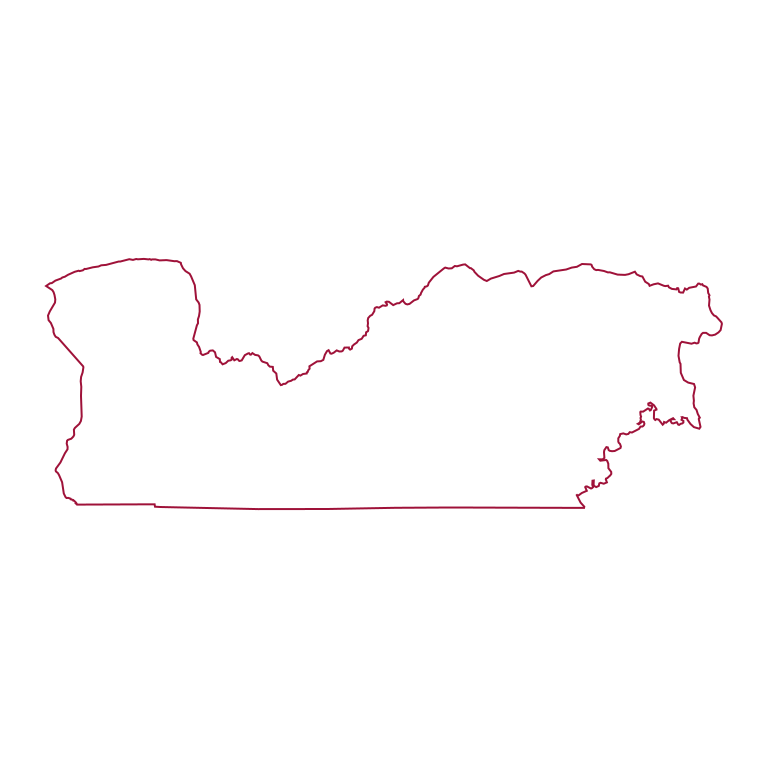 Kolda, Kolda, Senegal
{"feature_id": "50182788B77977720497228", "entity_name": "Kolda", "entity_type": "district", "adm_level": 2, "iso_a3": "SEN", "parent_name": "Senegal", "parent_adm1": "Kolda", "projection": "mercator", "projection_center": [-14.609, 12.87], "detail": "fine", "context": "isolated", "style": "outline", "palette": "rose", "viewbox_px": 768, "rotation_deg": 0, "n_neighbors": 0, "source": "geoboundaries", "source_scale": "gbopen_adm2", "svg_char_len": 6055}
<svg xmlns="http://www.w3.org/2000/svg" viewBox="0 0 768 768"><path d="M77.0,504.6L154.6,504.3L155.0,506.7L160.2,507.0L258.2,509.1L327.7,509.0L395.9,507.8L450.8,507.5L584.0,507.9L584.3,506.7L580.6,502.6L576.4,494.4L577.5,495.4L578.7,495.3L581.8,493.0L586.8,490.8L585.2,487.1L585.6,486.6L586.9,486.4L591.0,488.5L591.9,488.2L593.0,487.2L592.3,484.8L592.5,480.7L593.8,480.5L593.6,484.5L594.1,485.9L596.2,487.1L598.8,485.9L599.3,483.4L600.5,482.8L603.8,483.7L606.9,482.4L605.8,479.4L606.0,478.6L607.3,478.1L610.3,475.3L611.3,473.9L611.2,471.9L608.4,468.2L608.3,463.7L607.2,460.9L606.2,460.0L600.3,460.7L599.1,459.3L602.6,459.4L604.4,457.9L604.0,452.1L604.3,450.2L606.4,447.1L607.8,447.4L608.7,450.1L609.7,450.8L612.0,451.2L614.7,451.0L620.5,448.0L620.9,446.5L620.5,445.3L619.9,443.8L618.7,442.7L618.3,441.6L618.3,438.3L619.8,436.0L620.2,434.1L623.3,433.4L626.2,434.4L628.4,433.9L629.7,432.2L632.0,432.5L639.0,428.9L640.5,426.6L642.5,426.5L643.3,425.9L644.1,424.9L644.4,423.6L643.8,421.9L642.3,421.5L638.8,424.3L637.9,423.8L639.9,422.6L640.9,419.7L640.5,418.0L641.1,416.7L640.5,415.0L640.3,412.1L640.6,411.6L643.2,411.6L647.9,408.5L648.8,408.8L649.9,410.5L650.7,410.2L652.2,407.0L651.8,405.9L649.2,405.5L648.3,404.8L648.3,403.5L650.4,402.6L654.0,405.3L656.4,408.9L656.5,409.6L654.1,410.6L653.9,418.1L654.5,419.3L655.3,420.0L656.5,419.1L658.7,419.6L662.7,424.7L663.8,423.6L664.1,422.0L666.1,422.7L669.3,420.1L673.1,418.2L674.0,419.2L672.3,419.2L670.1,420.2L671.5,422.7L672.0,423.2L673.4,423.4L676.8,422.2L678.2,424.6L679.1,424.9L680.7,423.8L682.4,423.4L683.4,422.5L683.4,420.9L681.5,419.8L682.3,417.8L681.9,417.2L682.5,417.1L684.2,417.9L687.0,418.2L687.4,419.7L690.5,424.0L693.9,427.1L699.3,428.7L700.5,426.9L698.8,419.2L698.9,418.4L699.8,417.7L697.8,414.0L696.5,409.9L694.3,407.3L693.6,403.3L693.9,400.7L693.4,395.7L695.1,387.4L694.5,385.5L694.0,384.0L688.2,382.6L683.9,380.0L680.8,372.8L680.5,363.8L679.7,362.4L678.5,355.8L679.1,348.9L680.2,343.5L681.9,341.8L691.5,343.7L694.6,342.7L696.3,343.4L697.8,343.2L698.5,342.6L699.1,338.8L699.8,337.1L701.7,333.9L703.0,332.9L706.2,332.9L709.6,335.2L712.0,335.4L715.2,334.6L718.5,332.4L720.6,330.1L721.9,323.9L721.5,322.4L717.6,318.0L716.1,316.4L713.9,315.4L711.9,313.0L710.5,310.2L709.0,305.6L709.5,299.5L708.9,296.6L709.5,295.3L708.2,293.0L707.7,288.5L706.5,286.9L703.0,285.4L702.3,284.2L700.9,284.6L699.3,283.6L698.2,283.6L696.0,286.5L689.2,287.8L686.8,289.6L685.0,288.5L683.1,292.6L680.5,292.5L679.1,291.9L678.2,288.3L677.2,288.1L676.4,289.4L671.9,288.9L668.9,287.3L668.1,285.7L665.4,286.1L663.9,285.8L658.0,283.4L653.6,284.3L649.6,285.8L648.8,284.0L645.2,281.7L642.4,276.5L640.2,276.1L636.7,274.4L634.9,271.7L628.6,274.2L625.0,274.9L617.6,274.6L609.8,272.3L607.9,272.4L604.0,271.0L598.0,269.9L596.2,270.1L594.2,269.2L592.1,266.6L591.7,265.1L590.8,264.4L582.0,264.0L576.9,266.8L571.7,267.6L566.2,269.5L553.4,271.4L549.2,274.1L545.9,275.1L541.2,277.5L537.6,280.9L533.2,286.0L531.4,286.3L525.5,274.6L524.3,273.3L521.7,271.6L520.3,271.6L518.2,270.9L514.1,272.6L504.0,274.0L499.3,276.0L490.9,278.6L486.8,281.0L483.9,279.8L478.1,275.7L474.5,271.9L473.7,270.3L470.8,268.1L469.9,268.1L465.2,264.4L463.1,264.6L457.0,266.3L454.8,266.0L451.8,268.3L448.6,268.5L445.2,267.6L443.9,268.4L433.4,276.9L428.8,282.7L427.9,285.5L426.7,286.4L424.8,286.8L424.5,287.8L422.9,289.6L421.0,293.1L420.6,294.6L418.9,296.0L418.5,297.8L417.7,299.0L414.0,300.4L409.5,303.9L407.3,304.4L405.5,303.8L403.2,301.2L403.1,300.1L399.3,303.2L397.0,303.3L393.2,305.1L388.9,301.8L386.7,301.6L385.6,302.2L387.1,304.4L386.8,305.4L385.6,305.8L382.7,305.4L379.0,307.7L376.9,307.1L375.3,307.7L374.6,308.5L374.3,311.2L372.1,314.8L370.2,315.8L368.2,318.0L367.7,320.4L368.0,323.3L367.6,326.2L368.5,327.9L368.2,330.2L367.9,331.2L366.1,332.3L365.8,335.3L363.6,335.8L361.7,338.8L358.5,340.1L356.8,342.6L354.0,344.5L352.2,346.3L351.9,348.6L350.1,349.6L349.0,348.6L348.9,347.5L344.5,347.6L342.8,350.7L341.7,351.4L339.3,351.5L336.7,350.4L333.6,352.8L331.5,353.7L330.4,353.5L328.6,350.2L327.0,351.1L324.9,354.7L323.3,359.9L320.8,361.2L317.1,361.4L309.4,366.3L309.6,368.7L308.3,370.2L307.6,372.1L306.9,372.3L306.7,373.5L303.0,374.0L300.4,375.6L298.8,375.0L294.7,379.4L292.9,379.6L291.1,380.8L288.1,381.6L285.5,383.8L283.3,383.9L282.1,384.8L280.8,385.1L277.1,379.6L276.3,373.5L273.2,370.7L272.8,366.9L269.8,366.6L268.3,365.2L267.3,363.2L262.4,361.6L261.3,360.5L259.3,356.4L258.1,355.4L255.1,354.9L252.4,353.1L250.8,354.7L250.0,354.5L249.0,353.2L247.9,353.5L244.8,355.2L241.7,360.4L239.6,361.0L238.8,360.6L238.1,359.5L236.9,359.0L234.3,360.3L232.2,357.2L231.6,357.9L231.6,359.7L230.7,360.3L228.3,360.7L225.7,363.1L222.6,364.3L220.7,362.1L220.0,361.9L219.8,359.1L216.1,356.9L215.0,352.3L212.8,350.4L210.1,350.7L208.8,351.7L208.3,352.9L203.0,355.0L202.2,354.8L200.5,353.2L200.8,352.0L199.1,347.0L197.4,344.4L196.9,342.4L193.6,340.1L193.3,338.7L196.9,325.3L198.0,323.3L197.9,319.4L199.0,316.1L199.7,311.5L199.5,304.9L198.6,302.5L196.2,299.4L194.8,285.2L191.1,276.4L189.6,273.7L185.5,271.1L183.0,268.3L181.1,264.4L180.8,262.8L176.9,261.1L174.4,261.2L166.6,260.1L159.6,260.4L155.4,259.4L152.0,259.4L151.2,259.8L149.7,259.1L148.5,259.4L143.9,258.9L137.9,259.3L136.2,259.0L133.0,259.9L129.3,259.2L120.4,261.5L118.8,261.5L106.1,264.9L101.2,265.3L98.5,266.5L92.8,267.3L86.0,269.0L84.6,268.9L82.9,270.3L79.6,271.1L78.7,270.7L74.7,271.8L68.0,274.8L64.9,276.7L62.3,277.5L61.1,278.5L55.4,280.6L51.8,283.1L50.0,283.3L46.1,286.0L52.3,290.1L53.6,292.2L54.5,295.0L55.3,299.4L55.0,302.6L49.8,311.4L48.0,315.6L48.6,320.2L50.9,323.0L53.4,328.9L53.5,332.1L54.4,334.7L55.7,336.8L58.1,338.0L83.2,366.4L83.4,367.3L82.6,372.5L81.1,376.9L80.7,381.3L81.3,386.8L81.0,395.8L81.7,416.6L80.9,421.0L79.3,423.9L74.9,427.9L73.9,429.6L74.2,434.8L73.4,436.5L71.3,438.7L67.9,439.9L67.1,440.7L66.7,443.6L67.6,446.9L67.5,449.3L64.9,453.3L60.4,462.5L56.0,468.5L55.6,470.2L55.9,471.4L57.9,473.1L59.1,475.2L62.1,482.2L63.8,493.5L65.5,497.0L66.5,498.0L68.4,497.9L70.6,498.7L70.7,499.3L73.2,500.0L73.3,500.6L74.2,500.8L75.9,502.5L76.3,503.1L75.8,503.4L77.0,504.6Z" fill="none" stroke="#9f1239" stroke-width="2"/></svg>